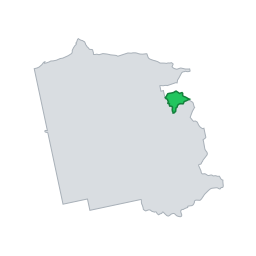 Abu Jubayhah, South Kordufan, Sudan (highlighted), rotated 258°
{"feature_id": "16777658B72808091845483", "entity_name": "Abu Jubayhah", "entity_type": "district", "adm_level": 2, "iso_a3": "SDN", "parent_name": "Sudan", "parent_adm1": "South Kordufan", "projection": "mercator", "projection_center": [31.566, 10.99], "detail": "fine", "context": "in_parent", "style": "filled", "palette": "green", "viewbox_px": 256, "rotation_deg": 258, "n_neighbors": 0, "source": "geoboundaries", "source_scale": "gbopen_adm2", "svg_char_len": 6264}
<svg xmlns="http://www.w3.org/2000/svg" viewBox="0 0 256 256"><g transform="rotate(258 128 128)"><path d="M173.0,200.6L170.8,200.6L170.6,200.1L170.6,198.7L170.8,197.6L171.6,195.9L171.4,194.9L171.5,193.6L171.0,192.1L165.8,187.7L164.7,186.5L161.9,185.4L162.4,184.2L161.3,175.2L161.8,174.2L162.0,172.6L162.0,171.2L162.7,168.9L162.7,167.9L157.2,167.9L157.1,168.9L157.3,170.0L157.3,170.4L149.6,170.4L152.7,174.0L152.8,175.5L152.7,177.4L152.7,178.7L152.9,179.5L153.7,181.0L153.7,181.3L153.5,181.7L148.0,186.4L147.1,188.6L146.3,189.7L144.7,191.6L139.7,196.6L138.9,196.9L135.1,197.1L134.7,197.2L134.4,197.5L134.3,197.4L131.0,194.5L125.5,191.0L121.9,192.8L120.9,193.5L120.9,195.2L120.3,196.0L119.3,197.0L116.6,197.6L115.2,198.1L113.6,199.0L112.0,200.6L111.8,201.5L112.0,202.2L102.7,202.2L102.1,201.6L100.8,198.9L99.8,199.1L91.4,198.8L90.2,199.1L87.8,200.2L86.6,200.3L85.3,199.8L80.9,194.6L79.9,194.0L78.9,192.8L77.9,192.2L77.6,191.8L77.5,191.3L77.6,190.1L77.2,189.4L76.5,189.3L70.6,190.5L69.7,190.3L68.5,190.6L68.0,190.8L67.5,191.5L67.4,192.9L67.3,193.6L66.8,194.4L65.1,196.1L64.7,196.9L64.8,198.8L64.7,199.8L64.5,200.3L63.7,201.0L63.4,201.5L63.1,203.9L62.2,205.4L62.0,206.0L61.9,207.1L61.8,207.4L59.1,208.2L58.1,208.8L57.5,209.6L57.3,210.0L56.2,209.7L54.7,209.5L51.9,209.2L50.7,208.8L50.2,208.2L50.4,206.7L50.1,206.4L49.6,206.1L49.3,205.5L49.4,204.7L50.9,203.0L51.2,202.0L51.6,197.7L51.5,196.3L50.3,193.9L47.6,189.7L46.9,188.8L43.5,185.3L43.1,184.8L42.3,183.4L43.2,180.1L43.3,179.2L43.1,178.3L42.2,177.6L41.4,177.5L40.4,176.7L39.8,176.3L39.2,175.5L38.8,174.4L39.1,170.6L38.9,170.1L38.0,170.0L37.8,169.7L37.8,169.0L37.4,166.8L36.8,165.0L37.1,164.0L36.4,162.6L35.0,162.1L32.3,162.5L31.5,162.4L30.9,162.2L30.5,161.7L30.3,161.1L30.5,160.2L31.2,158.6L32.2,157.2L34.1,156.0L34.7,155.4L35.0,154.6L35.0,153.8L34.9,152.9L34.7,152.1L34.1,151.1L33.6,149.8L33.5,149.0L33.8,148.4L34.3,147.7L36.3,146.3L38.2,145.1L38.6,144.7L38.5,144.2L37.5,143.2L37.3,141.3L36.7,140.0L37.8,139.0L38.5,138.6L39.7,138.3L40.1,137.9L40.3,137.1L40.2,136.4L40.6,135.8L41.2,134.6L41.6,134.0L43.2,132.6L43.5,131.7L43.6,130.8L43.2,128.1L44.1,127.0L45.2,126.1L46.8,126.2L49.3,126.0L51.0,125.6L52.2,125.6L55.0,126.1L55.3,125.9L55.4,125.2L55.4,73.6L66.9,73.6L67.0,73.5L67.0,48.6L139.5,48.6L140.1,48.5L141.3,46.2L141.8,46.0L142.5,46.1L142.8,46.7L142.2,48.6L205.5,48.6L205.6,51.5L206.1,53.7L207.9,57.0L209.5,58.8L210.0,59.7L210.1,60.2L210.0,60.6L209.5,60.1L208.7,59.8L208.6,61.3L209.0,64.4L209.6,66.6L209.2,68.6L209.2,72.0L210.0,76.1L209.9,78.7L211.2,84.7L212.5,88.1L213.2,88.9L214.0,89.3L215.5,89.6L217.7,91.3L219.5,93.1L220.1,94.1L221.0,95.1L221.6,94.9L221.9,94.6L222.5,95.5L225.3,97.2L225.7,98.1L224.7,98.9L223.6,100.3L223.0,101.6L222.7,102.0L221.7,102.8L221.6,103.2L221.2,103.5L220.7,103.5L219.8,103.9L218.9,103.8L218.1,104.0L217.7,104.3L217.0,104.6L216.1,104.8L214.6,105.9L213.4,106.4L212.9,106.8L212.3,109.0L211.8,109.6L209.9,109.7L209.0,109.8L207.7,109.6L207.1,109.6L206.9,110.1L206.7,112.0L206.7,112.8L205.7,114.9L206.0,118.9L205.0,121.9L204.8,122.6L203.8,124.9L203.3,125.8L201.9,130.2L201.4,131.6L200.3,133.0L201.4,143.5L200.5,146.7L200.5,148.5L199.9,151.1L199.4,152.3L198.5,153.7L197.8,155.3L197.2,157.5L196.8,161.5L196.6,161.9L193.3,162.3L192.2,162.6L191.5,163.1L190.6,164.1L188.9,166.9L188.0,168.7L186.6,171.0L185.0,172.7L184.7,173.5L184.4,175.0L183.8,177.4L183.2,179.1L183.3,180.5L182.8,182.8L182.9,184.0L182.3,184.6L181.6,185.3L181.0,185.4L178.7,183.8L177.1,184.9L176.1,186.4L175.3,188.0L175.7,191.3L175.7,192.0L175.4,192.8L173.9,196.0L173.5,197.4L173.0,200.0L173.0,200.6Z" fill="#d9dde1" stroke="#a8b0b8" stroke-width="1"/><path d="M150.2,171.2L150.0,170.9L149.9,170.8L148.8,171.6L147.8,172.4L147.7,172.5L147.4,172.6L147.1,172.6L146.9,172.6L146.7,172.6L146.4,172.7L146.3,172.8L146.2,172.8L145.9,172.8L145.6,172.8L145.4,172.8L145.1,173.0L145.0,172.9L144.9,172.8L144.8,172.6L144.7,172.5L144.5,172.4L144.3,172.3L144.2,172.3L143.8,172.1L143.7,172.2L143.6,172.5L143.6,172.8L143.4,173.1L143.2,173.3L143.1,173.5L142.9,173.4L142.6,173.2L142.0,173.2L141.8,173.3L141.7,173.3L141.3,173.3L140.8,173.3L140.7,173.4L140.7,173.5L140.7,173.8L140.6,174.1L140.6,174.3L140.5,174.5L140.4,174.6L140.3,174.8L140.2,174.8L140.1,175.0L140.0,175.3L139.9,175.3L139.7,175.5L139.5,175.8L139.3,175.8L139.1,175.8L138.9,175.8L138.8,175.7L138.6,175.7L138.4,175.7L138.2,175.6L137.9,175.5L137.7,175.4L137.3,175.2L137.2,175.2L136.9,175.1L136.7,175.1L136.4,175.0L136.2,175.0L135.9,175.0L135.7,175.2L135.4,175.0L135.2,175.0L134.8,175.0L134.6,175.2L134.3,175.2L134.2,175.2L134.0,175.3L133.6,175.2L133.2,175.2L133.2,176.1L133.3,176.2L133.3,176.5L133.5,176.8L133.7,177.0L133.8,177.1L133.9,177.3L134.1,177.6L134.2,177.8L134.3,177.8L134.3,178.0L134.7,178.2L134.9,178.2L135.2,178.3L135.4,178.4L135.7,178.5L136.1,178.6L136.4,178.7L136.8,178.8L137.1,178.9L137.3,179.0L137.5,179.1L137.8,179.3L137.8,179.5L137.9,179.8L138.0,180.1L138.3,180.4L138.6,180.6L138.8,180.6L139.0,180.7L139.3,180.9L139.5,181.1L139.7,181.3L139.9,181.4L140.2,181.6L140.3,181.8L140.5,182.2L140.6,182.5L140.9,183.3L141.0,183.6L141.0,183.8L140.9,183.9L140.9,184.2L140.9,184.5L140.8,184.9L140.7,184.9L140.7,185.0L140.6,185.3L140.5,185.6L140.4,186.2L140.3,186.5L140.2,186.7L140.3,186.8L140.3,187.1L140.5,187.3L140.8,187.5L141.1,187.6L141.3,187.8L141.6,188.0L141.8,188.2L142.0,188.3L142.2,188.6L142.3,189.0L142.3,189.3L142.4,189.7L142.4,189.9L142.5,190.3L142.5,190.5L142.5,190.8L142.6,191.0L142.7,191.4L142.8,191.7L142.9,192.0L143.0,192.4L143.1,192.7L143.1,193.0L143.1,193.5L143.3,193.9L143.4,194.2L143.6,193.9L144.4,192.8L144.9,192.3L145.4,191.7L145.5,191.5L145.7,191.4L145.8,191.2L146.1,190.9L146.3,190.7L146.5,190.4L146.7,190.1L147.1,189.4L147.4,189.1L148.0,188.4L148.3,188.2L149.0,188.2L149.5,188.5L150.6,188.7L151.0,188.5L151.4,188.2L151.4,187.5L151.4,187.2L151.3,186.9L151.0,185.8L151.4,185.4L152.4,184.4L152.9,183.9L153.2,183.6L153.5,183.3L153.6,183.2L154.1,182.7L154.0,182.1L154.0,181.9L153.9,181.6L153.7,181.4L153.6,181.2L153.5,180.9L153.4,180.7L153.4,180.4L153.3,180.1L153.3,179.9L153.3,179.6L153.2,179.4L153.2,179.1L153.2,178.6L153.2,178.4L153.2,177.8L153.2,177.4L153.2,177.0L153.2,176.7L153.3,176.5L153.3,175.6L153.3,175.1L153.3,174.7L153.3,174.3L153.2,174.1L153.1,173.9L150.6,171.7L150.0,171.2L150.2,171.2Z" fill="#22c55e" stroke="#15803d" stroke-width="1.5"/></g></svg>